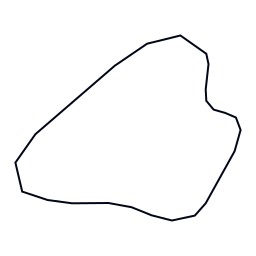 outline of Kosrae
{"feature_id": "FSM-4944", "entity_name": "Kosrae", "entity_type": "state/province", "adm_level": 1, "iso_a3": "FSM", "parent_name": "Federated States of Micronesia", "parent_adm1": "", "projection": "orthographic", "projection_center": [162.997, 5.325], "detail": "fine", "context": "isolated", "style": "outline", "palette": "ink", "viewbox_px": 256, "rotation_deg": 0, "n_neighbors": 0, "source": "natural_earth", "source_scale": "10m", "svg_char_len": 404}
<svg xmlns="http://www.w3.org/2000/svg" viewBox="0 0 256 256"><path d="M206.3,100.8L213.6,109.6L225.1,112.9L235.9,117.5L240.6,130.0L234.6,151.2L205.7,203.3L194.8,215.6L171.9,220.5L151.6,215.3L131.5,207.2L108.4,203.0L72.1,203.3L47.5,200.0L22.2,191.6L15.4,162.6L35.4,134.2L114.8,65.7L147.1,43.7L180.4,35.5L206.3,53.8L208.5,64.1L205.7,89.5L206.3,100.8Z" fill="none" stroke="#020617" stroke-width="2"/></svg>